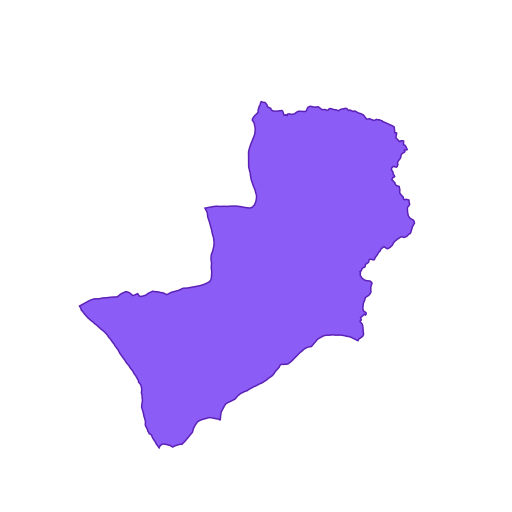 Gogne, Gash Barka, Eritrea, rotated 237°
{"feature_id": "51966322B22104639237429", "entity_name": "Gogne", "entity_type": "district", "adm_level": 2, "iso_a3": "ERI", "parent_name": "Eritrea", "parent_adm1": "Gash Barka", "projection": "albers", "projection_center": [37.411, 15.143], "detail": "fine", "context": "isolated", "style": "filled", "palette": "violet", "viewbox_px": 512, "rotation_deg": 237, "n_neighbors": 0, "source": "geoboundaries", "source_scale": "gbopen_adm2", "svg_char_len": 6093}
<svg xmlns="http://www.w3.org/2000/svg" viewBox="0 0 512 512"><g transform="rotate(237 256 256)"><path d="M323.9,239.3L319.0,238.8L315.1,236.8L309.7,235.4L302.1,233.0L299.8,232.0L296.2,230.8L294.8,230.5L290.3,228.3L287.3,226.1L283.6,222.2L281.5,219.3L278.6,217.0L276.3,215.7L275.1,215.4L270.1,211.8L268.4,211.1L266.5,210.0L263.3,207.7L261.2,205.9L260.6,205.1L260.0,203.7L259.9,202.7L259.9,200.8L260.2,199.3L260.6,196.4L261.9,192.1L266.6,180.8L268.3,178.0L268.7,177.0L269.4,172.1L271.7,165.1L272.1,160.5L272.6,159.8L275.2,158.4L276.0,157.6L277.3,156.1L279.4,154.2L281.3,151.6L282.7,150.3L283.4,145.4L283.2,142.4L284.1,139.0L284.7,137.6L285.4,136.7L286.2,136.3L288.7,136.3L289.0,136.1L289.3,133.2L289.7,131.6L290.1,131.1L293.2,130.2L294.8,129.4L296.7,127.9L297.1,127.0L297.7,123.2L297.8,121.8L297.3,117.4L300.2,112.4L302.6,107.5L304.3,104.6L305.6,101.0L307.9,97.5L308.4,96.2L309.3,92.3L310.2,80.7L307.7,80.6L305.6,80.0L304.7,80.3L300.4,80.6L296.0,81.3L291.2,82.6L289.1,83.5L286.9,83.9L284.9,84.7L278.8,86.3L275.6,87.4L273.7,87.8L270.4,88.3L268.2,88.2L266.2,88.6L260.9,88.8L259.4,89.0L257.1,88.9L252.4,89.2L248.4,88.8L238.4,89.3L237.4,89.1L233.2,89.7L230.4,89.6L226.6,90.0L224.1,89.7L220.8,89.9L217.3,89.6L216.4,89.7L215.4,89.5L214.3,88.8L211.4,89.2L210.4,89.1L207.4,88.1L205.0,86.5L203.8,85.4L201.1,84.5L199.2,83.3L196.8,82.2L192.6,78.5L191.6,77.8L186.6,76.3L182.5,74.7L180.5,74.2L177.3,73.1L174.9,71.3L173.1,70.7L172.4,70.8L169.9,70.5L167.9,69.9L166.0,69.9L165.5,69.6L165.1,69.6L164.6,70.1L162.9,70.8L159.4,70.2L156.3,70.2L155.7,70.4L152.8,70.0L147.9,70.3L148.8,71.6L149.1,72.6L149.3,74.6L149.0,75.4L148.4,76.5L146.4,78.5L143.5,81.0L141.1,82.1L141.0,84.1L140.1,87.8L139.4,89.8L138.7,91.1L138.4,91.3L139.4,95.9L142.6,106.0L143.0,107.0L145.0,109.1L147.0,112.3L148.7,116.4L148.8,117.9L148.6,119.9L147.7,123.5L146.9,125.5L146.6,127.2L145.9,128.8L144.3,130.9L141.0,134.1L140.1,135.3L138.3,136.4L138.1,136.9L140.8,138.9L144.0,141.7L147.3,147.5L148.2,149.5L148.5,151.2L147.4,160.4L148.7,164.6L148.8,166.3L149.0,167.0L149.0,168.9L148.7,170.8L148.6,172.5L147.8,175.4L148.0,177.0L147.5,183.7L147.2,184.5L146.8,189.5L146.3,191.7L146.3,197.8L146.6,199.3L146.8,204.6L147.6,207.2L148.5,209.1L150.1,214.9L151.3,216.6L151.5,217.1L151.5,217.6L151.0,218.6L148.5,222.8L148.1,224.3L148.3,227.8L151.0,240.1L151.2,242.5L151.8,246.4L151.3,250.0L149.9,253.2L152.5,261.8L152.7,263.4L152.4,266.9L152.4,268.3L151.6,271.2L148.9,275.7L148.6,276.7L146.3,279.6L143.8,283.6L141.6,286.2L138.9,288.7L138.0,289.9L135.8,291.6L129.4,295.4L130.3,296.8L130.5,301.5L131.5,303.4L138.3,307.0L140.0,307.7L141.5,308.0L143.7,307.6L144.7,307.7L144.8,309.1L145.1,309.6L147.4,310.1L148.0,315.0L148.0,315.3L146.9,315.6L146.8,315.9L147.0,316.3L147.7,317.1L148.6,317.4L151.2,316.3L153.1,316.7L153.9,317.1L157.7,320.1L159.7,323.0L160.7,324.2L161.4,324.6L161.6,325.9L161.6,329.0L162.2,331.1L163.2,332.8L163.6,333.1L164.8,333.5L165.2,334.0L167.1,335.0L170.0,338.5L171.7,338.5L172.8,338.0L173.2,337.7L174.6,335.8L176.0,334.5L177.1,333.8L178.7,333.1L180.9,332.8L182.5,332.9L183.3,333.0L185.2,334.6L186.2,334.5L186.2,336.1L187.9,338.7L187.5,340.7L187.6,341.6L189.3,343.2L189.4,343.9L189.3,345.7L189.7,347.4L191.1,348.5L191.2,349.1L191.1,349.8L190.5,350.9L189.6,351.5L188.6,352.6L188.5,353.3L190.0,355.6L190.9,358.3L192.3,360.9L192.6,363.0L193.4,363.8L193.8,364.9L194.2,368.4L190.9,369.8L190.5,370.2L190.3,371.1L190.2,373.1L190.8,376.2L192.1,378.4L192.5,379.8L192.8,381.0L193.1,384.3L193.1,388.1L192.8,388.6L191.0,390.2L190.7,390.8L190.5,392.1L190.5,393.9L191.1,396.2L190.9,397.5L191.2,398.3L195.5,403.4L197.3,406.9L198.8,407.4L199.9,407.6L200.8,407.3L203.1,406.0L205.2,405.6L206.8,405.7L207.7,406.0L210.4,407.1L213.8,409.1L214.6,410.3L215.0,411.9L215.6,412.9L216.2,413.3L217.8,413.7L219.0,414.5L219.7,414.7L221.8,412.8L222.4,411.2L223.4,410.7L225.3,411.6L227.4,411.1L230.6,410.9L232.2,411.9L233.2,412.8L234.6,413.1L236.2,414.0L236.5,413.9L237.1,413.2L237.7,412.9L238.1,412.4L239.2,411.9L240.9,412.0L241.9,412.4L243.0,412.1L244.7,411.9L245.7,411.5L246.1,411.5L247.4,413.9L246.9,415.0L247.2,415.6L248.7,415.8L250.2,415.7L251.3,416.4L252.0,416.6L254.6,416.6L256.0,417.8L256.4,419.9L253.9,422.3L254.2,423.0L255.5,424.9L256.7,425.2L257.5,425.9L258.1,426.9L259.4,430.4L259.9,431.1L261.4,432.4L262.1,433.6L262.3,434.4L262.2,436.5L262.3,437.5L262.5,437.8L263.9,438.0L264.1,438.3L262.8,440.5L262.9,440.8L266.0,441.3L267.9,441.2L268.8,440.4L269.8,440.7L270.3,441.3L272.1,442.4L272.7,441.9L273.4,440.9L273.9,439.6L273.5,438.9L273.7,438.7L279.1,437.7L282.2,440.8L282.8,440.8L283.2,440.4L283.3,439.7L283.9,439.6L288.7,442.1L289.2,442.1L290.9,441.3L297.6,437.0L299.9,435.4L300.9,435.3L302.2,434.1L303.2,433.6L303.8,432.4L305.0,431.4L305.2,429.1L306.7,427.8L308.9,426.3L309.4,425.9L310.3,423.5L310.9,423.3L314.9,423.0L316.2,422.7L318.6,421.2L320.3,419.7L323.8,417.9L324.2,417.2L324.1,416.6L324.3,416.2L327.3,414.3L327.5,413.0L327.9,412.8L330.0,412.5L331.0,411.7L332.8,407.2L333.0,404.1L335.0,402.8L336.4,401.0L338.4,399.5L339.3,398.5L339.6,397.6L339.1,395.5L339.5,394.8L341.1,393.9L342.7,391.1L347.2,389.5L348.6,386.9L348.7,386.4L351.5,383.7L352.1,382.9L352.4,380.5L351.9,379.4L350.6,377.7L350.3,376.8L350.3,376.4L351.0,375.1L354.1,370.8L354.4,369.8L354.5,368.2L354.3,365.9L354.6,364.6L355.9,362.2L356.9,361.6L357.8,359.9L357.7,359.5L356.9,358.8L356.9,358.5L357.4,358.1L358.2,358.0L358.4,357.7L358.3,357.0L358.5,356.8L358.7,356.2L362.7,357.2L364.0,356.9L366.2,352.2L368.3,349.3L370.4,348.4L371.7,348.8L375.0,346.9L376.5,347.5L379.7,347.3L380.7,346.0L382.6,344.5L382.3,343.6L380.4,341.7L380.0,340.5L378.7,338.9L376.9,336.9L376.5,336.9L375.6,336.2L375.0,334.7L374.3,331.0L373.1,328.0L372.7,327.6L372.1,326.9L368.8,326.9L364.7,325.4L362.9,324.5L359.4,321.8L357.9,320.1L352.7,312.6L349.2,308.3L347.3,306.4L335.1,298.6L331.3,297.1L328.6,296.4L327.9,295.8L322.8,293.6L316.0,291.9L312.1,291.2L309.8,290.4L306.5,289.4L304.5,288.1L302.0,285.8L299.9,282.9L299.0,279.9L299.2,278.1L299.6,276.9L303.3,272.5L305.7,270.1L308.7,266.5L310.9,263.1L314.0,257.7L314.8,256.8L317.1,252.9L319.1,250.3L320.6,247.4L323.9,239.3Z" fill="#8b5cf6" stroke="#5b21b6" stroke-width="1.5"/></g></svg>